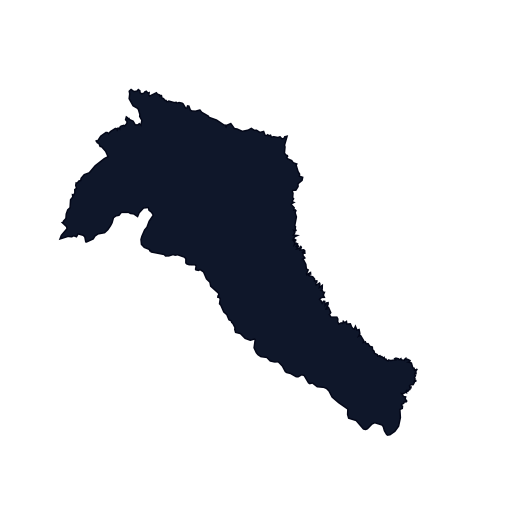 outline of Gorontalo, Gorontalo, Indonesia, rotated 201°
{"feature_id": "22746128B1660874628525", "entity_name": "Gorontalo", "entity_type": "district", "adm_level": 2, "iso_a3": "IDN", "parent_name": "Indonesia", "parent_adm1": "Gorontalo", "projection": "natural_earth1", "projection_center": [122.789, 0.702], "detail": "fine", "context": "isolated", "style": "filled", "palette": "ink", "viewbox_px": 512, "rotation_deg": 201, "n_neighbors": 0, "source": "geoboundaries", "source_scale": "gbopen_adm2", "svg_char_len": 6090}
<svg xmlns="http://www.w3.org/2000/svg" viewBox="0 0 512 512"><g transform="rotate(201 256 256)"><path d="M247.0,349.9L251.1,355.2L250.9,356.5L254.7,356.4L256.9,357.9L261.2,358.1L262.8,359.0L262.2,360.3L262.7,361.0L264.2,361.0L266.3,362.2L268.0,368.2L269.1,369.7L269.9,379.0L271.9,377.6L271.9,376.1L273.7,374.6L276.3,375.9L278.0,374.5L282.3,373.7L284.2,372.4L285.7,374.0L287.0,372.9L288.5,373.4L289.1,372.3L290.8,371.9L293.5,375.0L296.6,372.8L300.6,373.6L302.7,372.7L306.1,373.5L308.3,370.8L313.4,367.5L319.2,367.8L321.8,367.2L327.0,370.6L330.1,367.6L330.1,365.6L330.7,365.9L330.7,367.4L332.8,366.8L341.6,368.8L349.6,368.6L350.6,369.5L358.2,370.7L360.7,372.2L364.4,369.5L367.9,368.4L369.6,368.7L372.4,371.9L373.7,371.6L373.6,369.3L374.6,368.7L378.6,371.9L379.8,372.2L382.8,371.7L384.7,370.3L385.6,370.9L387.3,369.9L393.0,369.4L393.5,368.5L394.8,368.2L395.8,369.0L396.9,368.6L398.7,369.8L400.5,369.8L401.7,371.8L402.3,371.9L403.0,370.7L403.9,371.8L406.1,371.8L407.5,372.7L412.7,367.1L413.8,368.1L414.3,370.2L415.3,369.4L417.5,370.5L418.6,369.4L418.9,367.9L420.9,366.4L422.9,367.0L423.6,368.6L425.5,369.2L426.3,367.2L429.0,365.8L432.3,366.7L433.4,364.4L432.0,362.1L430.8,357.4L424.6,352.2L419.4,351.4L418.2,350.5L415.1,346.5L414.6,344.6L411.2,341.8L410.3,336.7L412.4,337.7L413.2,336.1L415.7,335.1L419.0,337.8L423.5,338.1L423.8,338.8L424.8,338.2L425.3,339.0L426.9,339.4L426.6,336.5L424.5,335.3L424.1,333.3L425.2,330.4L426.2,330.6L428.5,328.9L429.2,327.5L428.7,325.6L430.6,326.0L430.8,323.9L431.7,324.9L433.0,324.7L436.5,320.0L437.4,317.3L438.7,318.0L440.3,317.6L443.9,312.2L445.0,307.0L445.7,306.2L447.0,306.5L444.6,304.8L443.0,304.8L440.8,302.4L439.3,302.7L433.9,299.9L429.7,295.7L432.5,292.6L438.5,282.6L441.5,273.9L445.5,270.4L447.1,265.9L446.7,263.6L448.3,262.5L449.0,260.0L450.1,259.8L449.6,257.3L447.8,254.8L449.0,253.1L447.8,250.2L448.0,247.6L449.3,247.5L448.2,245.4L449.3,242.1L446.9,234.5L448.3,231.6L448.2,227.2L446.9,222.9L448.2,219.6L447.9,218.7L448.9,217.8L443.3,215.5L442.2,213.8L445.1,205.5L445.1,201.7L438.6,206.9L434.9,207.9L433.4,209.6L430.5,209.6L430.0,212.9L424.6,213.4L422.6,212.4L420.0,208.2L419.3,208.3L414.1,213.6L413.5,216.9L411.4,220.0L405.7,223.5L403.8,227.4L402.7,232.1L402.3,235.4L402.8,240.7L401.1,243.3L398.5,244.9L397.4,248.4L390.6,251.1L388.5,250.7L385.3,251.5L380.7,250.4L380.6,254.4L378.2,260.5L373.9,262.7L372.3,260.4L369.2,259.4L366.5,257.4L368.2,250.2L368.1,243.8L369.3,240.4L369.6,233.5L369.3,230.2L367.1,225.8L363.4,224.0L357.8,223.9L357.1,222.8L356.4,223.1L355.3,222.2L342.2,224.5L340.5,223.6L337.5,224.8L334.0,227.6L331.7,227.8L329.6,229.1L322.4,229.3L320.5,228.3L319.0,224.4L317.8,223.8L315.3,223.9L309.5,226.0L308.2,225.0L307.7,222.0L307.1,221.5L304.4,222.0L303.4,223.3L299.2,222.3L294.0,216.9L289.6,215.0L287.5,211.6L277.8,207.9L276.8,206.7L277.2,205.0L276.8,203.8L275.6,204.1L274.1,203.3L272.9,198.3L271.2,197.5L266.0,192.2L262.2,190.8L258.4,186.8L255.6,186.5L254.9,185.3L253.5,184.8L249.9,181.6L249.5,179.8L247.7,177.4L242.7,178.0L236.6,175.2L231.1,175.3L227.7,177.9L226.8,177.7L224.9,169.6L221.1,165.9L218.8,164.6L215.4,163.8L209.5,165.2L205.1,163.1L200.9,163.7L197.2,165.2L191.9,162.7L187.2,158.6L185.7,158.2L181.6,158.7L175.3,157.7L173.4,158.3L170.8,161.5L168.2,161.7L161.5,156.4L160.1,156.1L157.8,157.7L152.0,155.9L145.6,157.7L142.7,157.6L139.4,156.1L134.4,151.6L126.3,148.7L115.4,146.0L113.7,140.9L111.4,137.8L103.5,138.3L93.7,133.0L91.5,133.3L90.1,134.6L87.5,140.7L85.4,142.9L77.9,143.4L76.1,142.4L73.5,138.9L70.1,136.2L69.0,135.9L66.8,137.2L63.5,142.2L61.9,148.2L63.3,156.9L66.7,164.3L64.8,166.1L65.4,168.3L66.6,168.6L66.8,169.7L65.3,171.6L65.4,172.8L63.5,173.7L63.3,174.6L65.5,176.0L65.8,178.1L67.9,177.7L70.9,179.8L69.3,180.2L67.5,182.3L66.5,182.3L67.4,184.0L66.7,185.1L66.8,183.7L65.7,184.1L65.6,185.3L64.5,186.5L64.9,187.8L64.1,188.3L64.3,189.3L65.6,188.9L66.2,189.9L65.4,191.2L63.2,192.2L62.9,194.7L63.3,195.5L62.0,196.3L62.2,197.0L63.4,196.7L63.5,198.3L64.6,199.4L64.2,201.4L65.7,202.7L65.6,203.5L64.5,203.6L65.6,206.0L64.9,208.2L67.1,206.1L68.2,207.9L69.6,207.8L72.6,211.8L75.7,211.5L74.7,212.3L74.7,213.6L77.6,213.9L78.5,213.2L79.4,214.3L80.2,212.8L80.1,211.7L83.2,211.1L83.9,212.1L85.2,210.4L86.3,211.1L88.8,210.8L89.7,209.9L88.3,209.2L92.7,206.7L95.0,206.4L95.1,205.4L97.0,205.4L97.6,206.3L99.2,206.0L100.0,207.2L100.5,206.3L102.6,207.2L103.7,206.3L104.5,207.4L106.5,206.1L107.4,207.4L110.6,207.7L111.7,209.5L113.6,210.3L114.8,212.7L117.5,212.5L119.9,214.3L121.7,213.6L123.2,215.1L124.9,213.7L125.1,215.5L129.7,219.1L130.4,219.3L131.5,217.9L131.3,220.9L133.4,224.3L135.1,222.9L138.0,226.0L138.1,222.8L138.8,222.7L141.1,223.8L143.6,226.5L146.8,225.0L148.1,227.3L149.2,225.5L151.1,226.3L150.9,224.1L152.5,224.1L154.3,222.1L156.2,223.9L157.0,226.5L158.6,227.9L164.0,225.8L166.6,227.5L165.9,229.9L170.0,234.1L170.9,233.8L170.7,232.0L171.6,231.6L171.4,236.9L172.0,238.3L173.2,237.6L173.8,234.7L175.6,238.3L176.7,238.0L177.3,235.6L179.5,237.7L181.1,238.1L181.2,238.9L179.6,241.0L177.4,241.9L179.2,243.7L179.1,246.6L180.1,246.2L181.6,247.4L182.9,247.2L182.3,248.7L183.6,252.4L185.6,249.3L186.3,252.7L187.0,253.5L189.4,250.4L190.5,251.9L189.9,253.6L190.3,254.6L192.5,253.7L193.1,255.5L195.5,256.9L200.0,256.7L200.1,257.9L198.5,258.7L199.2,260.1L202.0,256.7L202.5,257.6L202.3,261.7L204.4,262.0L206.5,266.1L210.1,269.3L211.5,269.7L209.7,271.7L212.5,273.4L212.8,275.2L213.9,276.0L213.2,276.9L212.2,275.8L211.4,276.1L212.5,278.5L213.7,278.9L216.9,277.3L216.8,280.4L217.6,280.9L218.2,278.7L220.5,277.2L219.8,280.2L220.6,280.7L221.2,279.1L221.9,279.2L221.5,282.2L223.4,282.4L224.3,280.3L224.5,282.2L225.9,283.3L224.5,284.2L224.6,285.2L225.9,285.4L226.9,283.9L227.6,284.1L226.8,287.8L224.8,289.9L228.7,288.9L228.1,291.7L230.0,293.4L228.3,293.4L227.8,294.1L229.3,295.7L229.6,297.5L230.7,298.1L232.3,307.0L235.0,310.4L235.0,312.7L236.0,313.1L237.2,312.3L237.7,314.8L241.5,316.6L241.4,317.8L239.8,319.6L241.3,319.6L241.9,320.5L241.4,322.9L242.7,323.6L244.0,328.0L245.2,328.9L245.1,330.5L242.4,331.7L241.6,335.9L242.7,338.5L240.1,343.1L240.6,346.2L244.1,346.0L244.7,348.1L247.0,349.9Z" fill="#0f172a" stroke="#020617" stroke-width="1.5"/></g></svg>